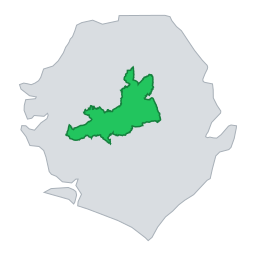 Tonkolili, Northern, Sierra Leone (highlighted)
{"feature_id": "65957751B39959109464342", "entity_name": "Tonkolili", "entity_type": "district", "adm_level": 2, "iso_a3": "SLE", "parent_name": "Sierra Leone", "parent_adm1": "Northern", "projection": "mercator", "projection_center": [-11.945, 8.764], "detail": "fine", "context": "in_parent", "style": "filled", "palette": "green", "viewbox_px": 256, "rotation_deg": 0, "n_neighbors": 0, "source": "geoboundaries", "source_scale": "gbopen_adm2", "svg_char_len": 7212}
<svg xmlns="http://www.w3.org/2000/svg" viewBox="0 0 256 256"><path d="M236.5,125.8L236.3,128.0L234.2,138.5L231.0,147.4L228.8,149.6L219.7,152.0L215.8,155.9L212.4,168.7L210.2,178.6L207.1,180.3L193.6,194.7L184.8,200.2L178.7,204.9L172.8,211.0L165.5,216.9L157.7,227.0L152.0,237.4L148.2,240.6L145.3,237.7L131.9,227.4L117.8,220.5L87.7,209.0L77.7,205.8L78.1,201.7L81.5,194.2L75.9,185.5L78.1,179.1L75.9,179.1L71.6,182.9L62.4,181.8L56.3,176.3L51.4,174.3L49.2,171.6L46.0,157.1L43.7,150.5L39.1,146.5L29.9,145.5L26.1,136.7L20.9,129.8L21.8,125.6L25.9,125.8L29.2,128.9L34.5,130.2L41.0,122.8L46.9,118.7L48.2,115.2L47.5,113.3L44.0,116.3L34.2,115.5L31.8,118.2L27.5,119.1L24.1,110.4L24.3,105.3L25.7,99.7L35.5,98.7L36.3,96.9L29.5,95.7L21.0,89.1L19.5,84.6L23.7,83.1L27.7,83.8L31.2,84.7L35.0,83.1L38.6,80.7L40.7,77.5L43.6,69.0L52.8,66.1L58.2,60.9L63.4,52.8L65.7,47.2L67.8,44.3L69.2,41.9L70.2,39.2L72.5,36.7L74.9,30.7L76.6,25.2L81.8,22.6L92.7,20.2L102.4,24.2L118.3,20.8L119.1,15.6L133.6,15.5L150.8,15.4L165.1,15.4L170.0,16.7L171.8,20.6L176.5,26.6L181.4,30.7L187.5,39.9L194.6,50.5L202.2,60.1L207.1,65.3L207.7,67.1L207.3,69.1L204.9,74.0L202.8,79.3L203.1,81.3L204.5,82.3L212.5,83.9L213.2,89.8L213.3,97.9L217.1,105.5L220.8,111.0L220.6,113.0L211.6,122.5L208.1,131.9L206.3,134.6L205.6,136.7L207.4,137.7L209.9,137.1L213.4,137.9L216.7,138.1L221.1,134.7L228.5,126.1L231.0,125.0L236.5,125.8ZM74.8,202.1L73.7,204.0L68.9,199.4L44.1,192.4L51.1,188.6L68.3,187.5L73.5,189.7L75.8,191.5L76.6,195.0L74.8,202.1Z" fill="#d9dde1" stroke="#a8b0b8" stroke-width="1"/><path d="M66.1,134.3L66.0,134.9L66.2,135.3L66.7,135.5L67.1,135.3L67.8,135.5L68.4,136.2L69.1,136.3L70.0,138.6L71.7,138.9L74.0,140.0L75.5,140.2L77.3,140.1L78.3,139.7L79.3,139.9L80.0,139.1L80.9,138.7L81.3,138.3L82.0,138.2L82.6,138.4L83.5,138.0L84.0,138.0L84.5,136.9L85.9,135.8L86.0,135.4L86.7,135.6L87.3,135.3L87.9,135.5L89.2,137.0L91.0,137.2L91.1,137.7L91.4,137.7L91.5,137.9L91.6,137.3L92.0,137.2L92.1,136.8L93.2,135.7L94.9,135.3L95.0,135.7L96.1,136.1L96.9,135.4L96.9,135.6L97.2,135.4L97.9,135.6L99.3,135.0L100.3,134.8L100.7,135.1L100.5,135.7L100.8,136.4L101.3,137.1L102.5,137.4L103.1,137.8L102.9,138.4L103.2,138.9L104.5,139.5L105.6,140.3L105.6,140.5L106.8,141.0L107.3,142.0L108.1,142.1L108.7,142.6L108.5,142.9L108.6,143.0L109.9,142.9L110.4,143.9L110.6,143.6L110.1,142.7L110.3,141.6L109.8,140.4L109.8,140.2L110.2,140.1L110.2,139.5L109.7,139.6L109.4,139.9L108.8,139.7L107.8,137.9L109.4,135.8L109.6,134.6L110.2,134.2L110.1,134.8L110.2,135.0L110.7,135.1L111.0,134.1L112.1,133.9L113.0,132.6L113.0,133.7L113.2,133.9L114.4,134.6L115.3,134.7L115.6,135.0L115.8,134.9L116.2,135.2L116.4,135.0L116.4,135.3L116.7,135.2L116.9,135.5L117.3,135.5L117.7,135.7L118.2,135.5L118.3,135.2L118.4,135.3L118.9,134.9L119.2,135.0L120.0,134.9L120.6,135.2L121.4,135.2L122.4,135.6L123.6,134.9L125.2,135.2L125.6,135.0L126.0,134.0L126.9,133.3L127.5,133.2L127.8,133.3L128.5,132.5L129.1,132.4L129.5,132.5L129.6,132.1L129.9,132.2L129.9,131.6L130.1,131.5L130.1,131.8L130.2,131.7L130.8,130.5L131.4,130.4L131.7,129.5L131.5,129.1L132.0,129.1L132.2,128.6L132.1,128.4L132.4,128.2L132.3,127.1L132.0,126.6L132.2,125.9L133.6,126.4L135.3,126.8L139.8,126.5L142.1,125.5L142.8,125.5L142.8,125.3L142.4,125.2L142.5,124.4L142.3,123.3L143.0,122.7L143.4,123.0L144.5,123.0L145.7,122.5L146.4,121.9L149.3,122.2L151.7,121.1L153.4,121.1L154.5,120.8L155.2,121.0L155.4,120.8L155.8,121.1L156.0,121.0L156.8,121.2L157.0,121.7L156.9,121.9L157.2,122.3L157.4,122.4L157.9,122.1L158.0,121.6L158.4,121.5L158.4,121.0L158.9,121.2L159.1,120.7L159.4,120.8L160.0,120.4L160.4,120.0L160.3,119.4L160.5,119.3L160.2,117.8L160.1,117.4L159.9,117.5L159.7,116.0L159.4,115.6L159.5,114.3L159.8,114.1L159.5,113.1L158.8,112.8L157.7,110.8L157.8,110.4L157.2,109.3L157.3,108.9L157.1,107.4L156.9,107.0L156.5,106.9L156.3,106.3L156.4,105.8L156.1,104.8L155.5,104.1L155.4,103.4L155.0,103.1L154.9,102.5L153.9,100.6L153.6,99.5L152.9,98.3L151.9,97.8L150.2,98.7L150.0,99.0L149.9,99.7L147.5,99.6L145.8,99.2L144.9,99.2L144.5,98.4L145.0,98.4L145.0,97.8L145.6,97.1L145.8,96.2L146.0,96.2L145.8,95.9L146.2,95.9L146.6,95.3L146.7,94.8L147.0,94.7L147.3,94.2L147.4,94.6L148.1,94.1L148.1,93.9L148.2,94.2L147.9,94.4L148.2,94.8L148.7,94.6L148.8,94.9L149.1,95.0L149.4,95.2L149.7,93.4L149.9,93.2L150.1,93.3L150.1,93.7L150.5,93.9L150.8,93.5L150.6,93.3L151.1,92.4L151.2,91.3L151.6,91.2L151.9,90.7L152.0,89.4L151.8,89.3L152.1,89.0L152.3,89.2L152.8,89.2L152.8,88.5L153.0,88.3L153.0,87.7L153.4,87.2L153.0,86.9L153.1,86.4L152.4,85.6L152.5,84.9L152.7,84.7L152.8,83.6L152.6,83.3L153.0,82.8L153.0,82.1L152.8,81.9L152.9,81.0L152.8,80.0L153.0,79.1L152.8,78.7L152.8,77.2L152.5,76.3L152.2,76.2L151.8,75.3L151.6,75.5L151.4,74.9L150.8,74.7L150.3,75.0L149.6,74.6L149.4,74.8L149.1,74.6L148.6,75.2L148.0,76.1L147.3,76.2L147.0,76.5L146.8,76.3L146.1,76.9L145.7,76.9L145.7,77.1L144.8,77.4L144.3,77.2L143.7,78.2L143.0,78.7L143.2,79.4L142.4,79.9L140.6,81.9L138.7,83.5L138.2,84.3L138.1,83.3L137.8,82.4L136.6,81.3L135.2,80.6L133.1,79.9L133.4,78.8L133.4,78.4L133.8,77.4L133.6,77.2L133.7,75.9L133.9,74.1L133.6,73.9L133.7,71.5L133.4,69.5L133.4,68.1L133.1,67.0L131.3,68.7L130.7,70.3L127.4,70.4L127.3,72.9L126.7,73.4L126.2,73.6L125.6,74.6L125.8,75.8L124.7,76.8L124.4,77.4L124.1,79.4L124.7,80.3L125.7,80.5L126.0,80.9L125.9,81.6L126.2,82.2L127.3,82.8L128.1,82.9L129.7,83.8L129.8,84.1L129.4,84.2L129.4,85.2L129.0,85.1L128.6,85.3L128.6,85.9L128.2,86.0L127.9,86.6L127.2,86.7L127.1,87.3L126.2,87.1L125.6,86.1L125.4,86.2L125.7,86.8L125.6,87.0L125.3,86.7L124.8,86.7L124.7,86.9L125.1,87.4L124.4,88.3L124.2,88.4L123.5,88.1L122.5,88.6L122.0,89.1L122.4,89.5L122.0,90.2L121.5,90.1L120.8,90.3L121.4,91.0L121.4,91.5L122.0,91.7L121.7,92.1L122.1,92.3L121.8,94.1L121.9,95.2L122.2,95.7L122.3,97.0L122.0,97.1L121.7,97.9L121.0,98.4L121.3,98.7L121.1,99.7L121.1,100.4L120.9,100.8L121.2,102.5L121.0,103.0L121.4,103.7L121.1,104.3L120.8,104.2L120.8,105.0L120.2,105.4L119.7,106.3L119.2,106.1L119.0,106.6L118.6,106.4L116.6,107.6L116.1,108.1L113.0,109.7L112.7,110.9L112.4,111.5L111.9,111.6L111.3,111.3L110.9,111.4L110.9,111.0L110.7,110.9L110.2,111.6L109.9,111.6L109.7,111.5L109.8,110.8L109.5,110.7L108.9,110.7L108.4,111.1L108.2,110.5L108.4,109.9L108.1,109.7L107.5,109.8L107.2,110.7L107.5,111.2L107.5,111.5L106.9,111.3L105.9,111.9L105.3,112.0L104.9,112.7L104.7,112.8L104.4,112.7L103.6,110.7L102.9,109.8L101.6,109.4L99.9,107.2L99.6,107.0L99.3,107.2L98.4,108.4L97.9,108.4L97.6,108.0L97.3,108.0L96.8,108.4L96.8,109.0L96.4,109.0L95.0,108.2L94.1,106.7L93.7,107.2L93.8,108.2L93.6,108.8L93.3,109.2L92.6,109.3L92.5,108.8L93.1,108.4L93.1,107.2L93.5,106.7L93.0,106.3L92.6,106.3L92.0,106.9L91.6,106.6L91.3,105.8L90.8,105.7L90.5,106.1L90.3,107.3L89.3,108.4L90.1,108.9L89.9,109.4L89.5,109.5L88.6,108.7L88.6,109.3L88.4,109.5L87.4,110.3L86.5,110.6L85.7,110.2L85.4,109.6L84.9,110.1L85.0,110.6L84.5,111.5L84.7,112.3L83.8,112.4L84.3,113.6L84.6,113.9L86.0,114.5L86.7,114.6L87.7,115.2L89.0,115.0L89.3,116.9L89.8,117.7L91.0,118.3L91.8,119.3L91.5,119.5L91.1,120.5L89.7,121.3L89.4,121.7L88.9,121.5L88.5,121.6L85.7,124.3L84.4,124.9L82.6,125.4L80.6,125.5L76.7,127.5L74.1,128.1L73.9,129.2L73.4,129.6L71.9,128.7L71.6,127.3L71.2,127.3L70.9,127.0L70.7,126.0L69.3,124.9L68.7,126.7L68.1,130.2L67.2,131.8L67.0,133.8L66.8,134.1L66.1,134.3Z" fill="#22c55e" stroke="#15803d" stroke-width="1.5"/></svg>